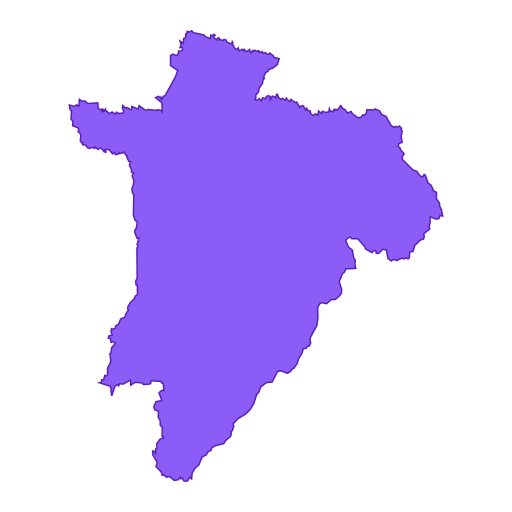 the district of Santo Domingo, Santo Domingo de los Tsáchilas, Ecuador
{"feature_id": "8360857B50709521665039", "entity_name": "Santo Domingo", "entity_type": "district", "adm_level": 2, "iso_a3": "ECU", "parent_name": "Ecuador", "parent_adm1": "Santo Domingo de los Tsáchilas", "projection": "equal_earth", "projection_center": [-79.222, -0.341], "detail": "fine", "context": "isolated", "style": "filled", "palette": "violet", "viewbox_px": 512, "rotation_deg": 0, "n_neighbors": 0, "source": "geoboundaries", "source_scale": "gbopen_adm2", "svg_char_len": 5983}
<svg xmlns="http://www.w3.org/2000/svg" viewBox="0 0 512 512"><path d="M152.8,454.9L157.2,462.3L156.0,466.7L161.2,471.9L162.2,475.3L164.3,475.0L166.4,477.4L167.8,476.5L170.4,477.1L174.1,480.4L178.1,479.8L180.2,477.3L181.0,478.8L182.3,478.1L183.8,480.9L185.7,481.3L187.9,480.7L189.4,477.2L191.6,478.9L192.1,473.2L195.1,468.2L198.9,464.9L202.0,457.1L206.2,454.9L208.3,451.4L210.9,450.6L211.4,448.3L214.9,445.8L223.8,443.6L225.3,440.9L230.6,436.3L231.4,433.1L230.9,431.8L232.3,430.7L233.8,426.2L233.0,423.9L238.1,418.6L245.4,414.2L250.1,409.7L253.9,403.3L256.4,395.1L258.8,392.1L260.9,386.8L266.4,382.6L272.1,382.1L277.6,371.3L281.7,371.0L287.3,373.3L290.6,371.4L292.2,368.7L293.6,368.5L296.8,364.2L298.6,358.8L302.1,353.0L303.2,348.6L306.2,348.3L307.2,346.5L309.3,346.0L310.8,342.7L310.0,340.8L310.4,337.4L316.8,325.6L317.9,318.2L317.7,307.2L319.9,303.6L322.0,302.7L326.6,303.7L331.0,299.7L335.4,299.4L339.6,295.8L341.5,293.0L341.6,289.2L339.2,281.7L342.3,273.9L344.4,272.1L345.8,268.9L355.8,268.4L354.9,264.3L355.3,260.1L353.7,257.8L352.3,250.0L348.4,247.0L345.7,240.5L347.8,238.1L350.4,237.0L351.6,238.7L357.8,238.8L365.1,247.1L365.4,248.8L371.8,252.6L374.6,250.3L376.0,251.2L376.2,253.4L378.7,253.4L382.8,249.2L386.4,250.0L388.0,258.7L391.5,261.0L393.7,259.2L396.6,260.6L401.3,258.3L404.1,258.9L406.2,257.8L408.1,259.0L409.3,257.7L409.8,251.9L413.1,251.5L414.5,245.8L420.2,240.2L423.6,239.0L424.3,236.5L423.7,233.8L429.8,229.0L429.2,226.3L430.2,222.4L430.1,216.9L436.7,219.2L439.0,218.4L439.8,215.6L442.7,216.0L441.4,209.8L439.6,205.8L439.5,203.1L436.5,199.1L436.5,192.4L433.5,190.7L431.2,185.3L427.9,182.7L425.5,175.5L424.2,174.4L422.7,176.9L420.2,176.0L416.9,171.4L412.9,169.9L402.5,159.5L402.2,156.7L404.1,153.9L400.1,149.0L400.0,147.6L398.1,146.4L398.9,143.6L402.3,142.3L401.1,136.5L402.2,131.1L400.9,129.7L401.6,128.4L399.3,126.0L397.8,127.0L394.9,126.5L394.1,127.5L391.1,125.5L386.0,116.3L381.6,114.4L379.7,110.9L375.0,108.9L374.2,110.0L366.9,109.7L366.4,112.7L364.6,115.5L362.9,114.8L361.1,117.2L358.0,117.8L352.2,113.5L351.2,111.5L347.3,112.9L345.4,109.9L341.7,107.8L341.9,106.8L340.7,105.6L337.6,109.8L335.3,109.5L334.8,110.5L334.1,109.4L332.7,112.0L330.4,110.8L329.4,108.6L328.9,111.8L325.1,112.4L322.5,111.2L321.6,113.4L318.5,111.0L318.0,115.2L315.3,113.8L313.3,115.8L310.6,113.4L310.2,110.9L309.0,111.5L307.8,109.9L305.9,110.3L306.8,108.3L304.6,108.8L303.5,105.9L301.0,105.9L299.7,107.4L296.7,102.0L295.1,102.5L290.9,99.4L290.0,101.2L288.9,101.1L286.4,98.1L285.3,100.2L282.4,98.3L280.6,99.4L278.5,97.3L277.2,94.1L276.3,94.8L275.9,97.6L272.3,96.0L270.4,99.7L270.3,96.8L268.8,95.7L266.4,96.4L265.6,98.8L262.6,97.8L261.2,101.0L259.1,98.6L257.5,100.3L255.0,99.6L256.0,97.7L255.6,95.4L258.6,91.8L259.1,88.3L262.6,83.1L262.8,80.3L264.5,78.2L263.5,77.2L265.5,72.8L268.1,71.2L268.6,69.6L272.8,68.1L277.2,64.7L279.2,58.6L274.0,57.4L273.1,55.5L269.6,53.0L268.9,54.4L267.3,54.4L265.4,52.6L263.6,53.5L262.1,51.6L261.8,52.6L259.2,52.3L259.6,51.5L258.4,50.6L256.9,51.5L254.8,50.2L253.2,51.4L252.9,50.6L251.2,52.6L251.3,51.5L249.7,51.2L249.6,49.5L246.5,51.7L244.1,49.3L243.4,50.8L242.1,49.3L239.1,51.0L238.3,47.9L236.5,49.6L233.8,47.3L233.7,45.5L232.3,44.8L232.9,42.7L232.3,41.7L232.0,43.2L230.7,43.7L226.7,42.1L226.3,40.2L223.9,39.4L222.9,40.5L219.5,39.4L219.5,40.6L219.0,37.9L217.3,38.2L216.6,39.9L214.2,37.9L213.9,36.3L215.1,35.3L213.8,34.4L212.8,35.7L210.8,35.0L210.5,38.5L205.8,36.9L203.8,34.9L193.4,32.7L191.7,30.7L189.9,32.0L187.1,31.4L187.0,33.2L185.8,33.9L185.6,37.8L183.7,38.4L183.3,43.3L180.0,41.0L181.0,44.5L180.0,47.6L182.2,47.3L182.6,49.6L181.1,51.1L178.6,51.0L178.2,53.8L176.4,55.6L172.6,54.1L170.5,55.7L170.5,65.6L177.7,70.4L175.6,76.5L165.0,95.9L163.3,96.2L161.9,99.4L161.1,97.5L160.9,98.3L158.5,96.3L155.6,97.6L162.0,103.0L162.1,111.9L160.4,110.1L157.3,109.7L156.8,110.5L148.6,109.5L145.8,110.4L139.1,105.7L138.2,109.0L131.8,106.5L131.6,109.4L130.6,109.7L127.1,107.6L125.1,107.7L122.7,105.5L122.4,107.8L123.7,111.4L123.1,113.1L118.6,113.4L116.4,112.2L115.0,114.2L112.1,112.0L109.1,113.6L106.5,110.8L104.8,111.0L105.2,109.3L102.0,112.4L103.0,109.3L102.1,109.0L101.4,110.3L98.2,108.2L97.9,102.9L87.6,103.5L85.1,101.1L80.8,100.8L79.7,99.3L79.1,100.2L79.2,105.8L78.5,106.3L76.8,104.7L74.5,106.4L69.3,105.0L70.0,109.3L71.5,111.3L71.0,119.2L73.0,121.4L72.6,125.8L77.9,127.7L78.7,129.9L78.1,131.8L79.9,132.9L80.8,135.4L80.3,140.9L81.7,142.8L82.5,142.5L82.6,144.7L85.8,145.1L87.7,147.9L89.1,148.3L93.3,147.4L94.5,148.5L95.3,147.1L98.1,149.5L99.3,148.3L101.4,148.4L102.3,149.8L104.3,150.3L103.7,151.5L104.5,152.0L105.9,152.1L105.6,149.5L109.2,149.6L112.5,153.9L114.8,152.5L115.4,154.6L119.1,153.8L119.1,152.4L121.2,153.4L124.7,152.1L125.3,154.8L127.1,155.6L126.7,156.7L128.7,161.3L130.5,161.7L129.4,165.1L131.4,169.6L131.4,172.1L133.6,172.9L132.1,175.9L133.7,179.8L133.5,184.3L131.9,188.6L132.3,192.5L133.8,194.9L133.4,215.3L135.0,220.1L137.2,221.8L136.5,227.8L134.9,230.1L134.8,232.5L137.0,238.2L138.9,237.9L137.1,244.5L137.9,246.5L136.9,248.1L137.2,277.8L135.6,281.6L136.2,285.1L137.3,284.9L137.5,294.6L135.4,295.9L134.0,299.2L130.5,302.3L127.9,306.7L127.7,309.0L128.6,310.2L126.5,312.4L124.8,317.3L120.7,318.9L118.5,324.1L115.5,326.0L115.5,328.0L112.7,329.3L111.6,328.7L111.0,331.3L112.2,335.2L108.9,335.8L108.4,338.3L110.4,338.5L111.0,342.4L113.0,341.5L115.4,343.2L111.7,347.7L110.9,352.8L109.9,353.7L110.8,361.8L107.5,368.4L107.6,374.2L106.3,376.0L104.8,375.4L103.6,379.8L101.7,379.8L101.3,382.4L99.5,382.8L109.9,386.1L111.4,388.9L110.9,390.5L111.7,396.0L115.0,386.1L117.8,384.7L118.7,385.8L119.5,383.7L123.1,384.1L130.4,380.1L130.7,385.1L135.3,382.3L142.6,383.0L143.2,384.5L148.8,384.2L150.7,383.6L151.1,380.8L161.1,381.4L161.7,383.0L163.2,383.3L163.9,390.7L161.9,390.3L159.0,392.7L161.8,400.6L156.0,401.6L153.9,406.6L154.7,409.8L158.5,411.2L158.2,417.2L160.2,420.7L160.2,425.2L162.3,427.3L162.1,436.2L163.7,437.7L159.7,439.4L156.7,443.8L157.1,447.3L155.7,448.9L155.6,453.3L153.8,451.0L152.6,451.0L152.8,454.9Z" fill="#8b5cf6" stroke="#5b21b6" stroke-width="1.5"/></svg>